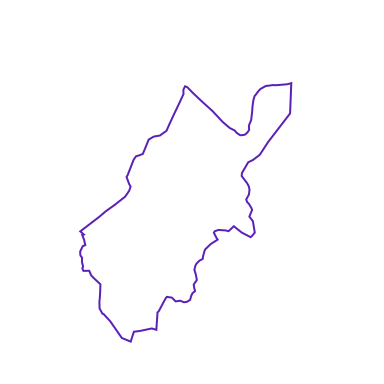 Ijebu North, Ogun, Nigeria (Natural Earth projection), rotated 323°
{"feature_id": "59680162B7511527862302", "entity_name": "Ijebu North", "entity_type": "district", "adm_level": 2, "iso_a3": "NGA", "parent_name": "Nigeria", "parent_adm1": "Ogun", "projection": "natural_earth1", "projection_center": [4.04, 7.021], "detail": "fine", "context": "isolated", "style": "outline", "palette": "violet", "viewbox_px": 384, "rotation_deg": 323, "n_neighbors": 0, "source": "geoboundaries", "source_scale": "gbopen_adm2", "svg_char_len": 2148}
<svg xmlns="http://www.w3.org/2000/svg" viewBox="0 0 384 384"><g transform="rotate(323 192 192)"><path d="M210.0,126.9L208.4,127.8L206.0,127.7L200.4,127.6L194.7,124.7L188.9,124.1L179.4,129.8L175.6,132.0L172.3,131.1L168.7,129.8L165.5,130.9L164.8,131.1L155.1,137.1L154.9,137.2L150.9,139.7L148.8,140.6L147.4,145.2L146.7,147.3L146.2,150.7L142.8,153.1L140.0,154.1L135.6,155.5L125.5,155.7L124.2,155.8L111.3,155.5L103.3,156.0L79.1,156.2L80.0,160.8L78.5,160.2L77.0,165.4L76.5,166.4L74.8,170.2L72.2,169.5L66.9,172.2L65.9,173.6L64.7,175.5L64.6,178.4L62.1,181.5L60.1,186.1L58.5,186.9L57.8,189.6L62.5,193.1L61.3,197.9L61.7,201.3L63.3,210.6L58.4,216.7L54.5,221.3L52.0,223.9L48.1,229.4L47.2,235.3L47.9,236.0L48.9,246.1L48.1,266.4L53.0,274.6L61.5,268.6L66.5,271.5L77.8,276.8L80.6,280.6L92.0,267.4L93.7,267.2L100.2,264.2L102.0,263.3L107.4,260.9L108.8,260.6L112.4,264.3L113.1,269.5L117.1,271.7L119.3,275.3L121.9,276.7L125.6,277.0L129.1,274.3L131.6,273.1L134.8,273.0L136.1,269.9L137.7,266.9L142.9,265.2L145.6,259.8L147.0,255.7L150.3,252.9L152.5,251.9L156.6,251.3L160.3,251.9L161.9,250.2L166.4,246.7L167.9,245.8L175.6,244.8L183.8,245.5L184.0,243.0L184.9,237.8L186.6,237.0L190.4,238.3L195.8,243.0L197.6,245.3L204.8,244.5L207.3,254.3L211.6,263.3L213.6,263.2L217.7,262.2L223.0,252.1L223.0,246.2L229.2,242.5L229.8,240.4L230.3,235.8L230.0,233.1L230.8,230.6L235.9,228.3L239.3,224.8L240.8,221.6L241.3,218.2L241.3,209.1L243.3,206.9L254.8,202.1L259.9,203.1L268.4,203.1L283.2,197.8L317.6,188.3L336.8,164.8L335.8,164.5L332.6,163.1L323.1,157.1L321.1,155.4L314.6,151.7L314.2,151.7L311.6,151.3L309.3,151.0L307.9,151.0L305.5,151.5L303.5,152.0L301.8,152.6L299.8,153.0L298.0,154.3L296.3,155.6L293.6,158.3L291.9,160.0L290.7,161.3L289.3,163.0L287.8,164.7L285.8,166.7L283.7,169.0L282.3,170.3L279.4,172.0L277.3,173.3L275.0,176.8L272.4,177.7L270.6,178.0L268.6,178.0L267.4,177.4L266.0,176.6L264.6,175.6L263.5,172.3L263.4,172.2L263.2,170.6L263.1,168.5L260.7,163.7L258.7,154.7L257.1,139.7L254.5,126.3L252.2,112.6L252.0,110.7L251.3,105.4L250.1,103.4L246.7,105.1L244.1,108.7L235.5,113.3L223.8,119.4L214.3,124.5L210.2,126.8L210.0,126.9Z" fill="none" stroke="#5b21b6" stroke-width="2"/></g></svg>